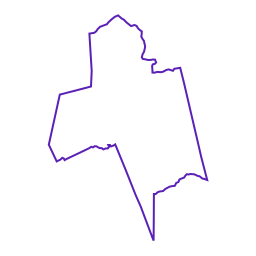 Santa Cruz, Rio Grande do Norte, Brazil (Mercator projection)
{"feature_id": "56859067B931800959564", "entity_name": "Santa Cruz", "entity_type": "district", "adm_level": 2, "iso_a3": "BRA", "parent_name": "Brazil", "parent_adm1": "Rio Grande do Norte", "projection": "mercator", "projection_center": [-35.999, -6.27], "detail": "fine", "context": "isolated", "style": "outline", "palette": "violet", "viewbox_px": 256, "rotation_deg": 0, "n_neighbors": 0, "source": "geoboundaries", "source_scale": "gbopen_adm2", "svg_char_len": 1471}
<svg xmlns="http://www.w3.org/2000/svg" viewBox="0 0 256 256"><path d="M48.8,144.7L56.7,161.4L60.4,159.6L62.3,157.8L63.9,158.6L64.6,160.1L67.1,158.7L89.2,148.2L91.3,146.8L93.0,147.4L94.6,146.2L96.6,146.4L98.2,147.4L100.1,148.2L101.7,148.1L103.3,149.4L105.5,148.5L107.8,148.4L109.1,146.8L108.3,145.0L110.0,145.0L110.8,146.4L113.2,145.7L115.2,144.4L125.8,170.2L135.8,195.4L140.7,206.5L152.1,236.8L153.6,240.6L153.8,215.8L153.9,194.0L155.6,194.1L157.6,192.3L159.2,191.6L163.1,191.0L165.3,189.0L169.3,186.8L170.9,186.3L174.8,185.8L176.2,183.0L178.4,182.0L179.5,179.4L181.9,178.4L184.1,177.6L185.3,175.8L186.7,174.2L188.6,174.5L190.3,174.0L194.3,174.3L197.4,175.8L199.6,176.3L202.3,178.5L204.2,178.9L207.2,180.0L201.2,156.9L197.5,140.8L193.6,124.2L184.0,83.0L180.2,67.8L176.1,68.5L174.3,68.8L172.9,70.8L168.7,69.4L166.3,70.0L162.7,71.9L160.3,72.2L157.5,71.9L154.2,72.7L152.5,72.6L152.4,69.6L152.1,66.0L152.8,64.4L154.9,63.8L156.1,62.5L155.0,59.6L152.9,59.5L150.8,59.9L148.2,60.0L145.2,59.3L142.8,58.9L141.8,57.3L142.6,54.2L144.0,51.9L144.9,48.0L145.1,46.2L143.9,40.8L142.6,39.1L141.3,36.6L141.7,33.8L141.8,31.4L139.6,29.9L137.8,28.0L136.6,25.9L134.5,25.0L131.1,26.1L126.7,22.6L125.1,21.0L123.9,19.7L121.8,18.6L120.4,17.4L118.1,15.4L114.8,16.8L111.7,19.3L109.7,21.1L107.9,22.9L107.0,24.2L100.0,26.8L97.7,29.1L96.2,31.3L94.3,32.8L89.4,33.6L90.0,43.7L91.5,67.8L91.7,70.9L91.0,86.5L59.8,94.6L55.9,112.4L51.6,132.0L48.8,144.7Z" fill="none" stroke="#5b21b6" stroke-width="2"/></svg>